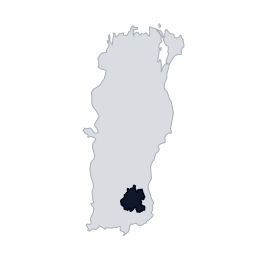 Turkey, with Erzurum highlighted, rotated 98°
{"feature_id": "TUR-2299", "entity_name": "Erzurum", "entity_type": "Province", "adm_level": 1, "iso_a3": "TUR", "parent_name": "Turkey", "parent_adm1": "", "projection": "natural_earth1", "projection_center": [41.622, 40.047], "detail": "fine", "context": "in_parent", "style": "filled", "palette": "ink", "viewbox_px": 256, "rotation_deg": 98, "n_neighbors": 0, "source": "natural_earth", "source_scale": "10m", "svg_char_len": 5326}
<svg xmlns="http://www.w3.org/2000/svg" viewBox="0 0 256 256"><g transform="rotate(98 128 128)"><path d="M198.3,92.0L201.8,93.2L202.9,92.3L206.1,92.4L208.9,93.1L210.5,91.1L212.5,91.3L212.9,92.3L213.8,92.7L216.8,95.2L216.5,95.5L217.2,96.4L219.8,97.0L220.0,98.3L222.0,100.2L223.0,103.2L222.4,105.2L221.3,106.5L222.9,110.9L222.5,111.5L225.6,113.0L229.5,112.7L230.7,113.3L234.5,116.8L235.5,118.2L232.8,116.5L231.4,118.0L230.7,121.4L226.6,122.0L227.2,124.3L228.3,125.3L228.0,127.4L228.3,128.3L229.4,129.7L229.3,131.6L229.8,133.6L229.8,136.0L231.5,136.7L230.7,137.9L228.9,142.8L229.0,143.2L230.3,143.3L233.2,145.6L232.7,146.3L233.0,149.4L235.5,151.5L235.2,152.5L235.2,153.6L233.4,153.1L229.8,155.9L229.4,155.8L228.8,154.9L228.7,152.1L227.8,151.3L226.7,151.2L224.7,152.4L222.8,152.4L221.0,152.1L216.2,150.4L214.4,151.0L212.6,150.3L209.0,153.8L207.9,154.1L207.4,152.3L206.1,151.4L204.5,152.7L198.3,154.3L195.5,154.6L192.0,154.0L189.1,154.2L181.2,158.0L173.7,160.1L167.0,159.9L163.4,157.5L160.5,157.0L151.8,160.6L147.6,160.5L146.2,159.0L143.0,158.4L142.3,159.8L141.6,163.3L142.6,166.4L140.8,166.6L139.7,167.3L139.3,169.7L137.6,170.6L137.0,172.1L136.7,172.1L134.1,170.9L134.8,169.8L133.2,165.3L134.1,164.0L137.6,160.4L137.6,158.3L136.1,156.8L131.7,159.5L131.2,160.5L130.2,161.3L128.6,161.6L120.8,158.2L116.1,161.2L112.1,165.5L109.1,167.1L100.3,168.4L98.7,169.2L95.8,168.3L94.0,167.1L90.1,162.2L82.6,158.4L74.6,157.5L73.9,158.5L73.5,162.3L72.1,165.9L71.4,166.3L69.6,165.4L63.4,167.5L58.1,165.1L57.3,164.1L56.2,159.9L55.5,159.6L54.6,160.2L53.7,160.2L50.0,158.4L47.9,158.2L46.6,160.0L44.6,160.8L44.6,160.2L45.4,159.1L42.2,159.3L40.5,160.2L38.2,159.7L38.4,159.2L40.3,158.6L44.6,158.0L47.4,155.2L37.2,155.3L36.2,155.9L36.1,154.5L36.7,153.8L39.4,153.3L39.3,152.1L37.7,150.8L36.0,150.1L35.3,147.1L34.4,146.3L34.6,145.9L36.3,145.3L36.7,143.1L36.5,141.8L33.3,140.6L32.6,140.7L31.8,139.5L30.4,138.7L29.3,139.4L26.1,137.6L26.7,136.2L27.5,136.3L27.7,135.2L27.2,133.5L27.3,132.7L28.0,132.4L28.8,132.6L29.6,133.6L29.6,135.6L30.4,136.7L31.1,135.6L32.6,136.2L35.3,135.6L35.8,135.1L33.9,135.1L33.2,134.7L31.7,131.5L33.4,130.5L34.7,129.0L32.5,127.9L33.0,125.7L31.2,123.2L33.9,120.1L33.8,119.6L33.0,119.4L24.9,120.8L24.9,119.3L25.5,118.1L25.6,115.1L26.1,113.4L27.6,112.9L29.5,110.5L32.6,107.7L35.7,107.7L37.0,106.9L38.8,106.9L39.3,108.0L40.9,108.8L43.7,108.7L45.1,107.9L43.8,106.5L45.5,106.1L46.7,106.4L46.0,107.9L46.4,108.1L50.0,107.6L53.8,108.0L58.1,107.8L58.6,107.3L55.7,105.8L57.7,104.4L58.8,104.2L67.7,102.9L67.7,102.6L62.3,101.9L59.6,100.1L58.9,99.1L59.6,96.7L60.2,96.1L62.1,96.0L68.8,97.1L73.5,96.5L78.7,98.0L83.7,97.7L84.7,97.0L86.0,94.7L93.2,91.0L95.7,89.0L106.7,85.1L123.0,85.8L125.9,84.3L127.5,84.8L127.1,85.8L127.1,86.7L129.0,89.0L131.9,90.3L136.0,89.2L137.4,89.6L138.8,93.2L141.3,95.4L142.4,95.5L144.0,94.3L145.4,94.1L147.8,95.4L148.6,96.6L156.4,98.1L158.0,99.2L163.3,100.3L175.0,97.7L179.2,99.5L182.8,100.0L184.3,99.8L189.1,97.7L190.5,96.6L193.5,95.6L197.2,93.3L198.3,92.0ZM48.0,85.6L47.7,87.2L48.3,89.0L49.8,91.4L51.4,92.7L59.2,96.0L57.9,99.1L55.9,99.6L49.2,98.1L46.4,99.4L44.4,99.0L41.6,99.6L40.7,101.5L38.7,103.6L33.1,106.3L27.9,111.5L26.4,112.2L27.1,110.4L27.2,108.9L29.4,107.0L32.6,105.6L33.4,104.5L25.7,104.7L25.1,103.1L25.9,102.7L28.5,99.9L28.8,98.7L28.7,95.9L31.8,94.3L32.1,93.6L31.8,90.8L29.0,89.2L29.1,88.4L31.2,87.6L32.5,85.7L35.5,85.3L37.0,84.4L39.6,83.9L42.7,86.3L46.6,85.4L48.0,85.6ZM23.8,111.4L21.2,111.8L20.5,111.4L21.3,110.5L23.3,109.9L23.9,110.8L23.8,111.4Z" fill="#d9dde1" stroke="#a8b0b8" stroke-width="1"/><path d="M208.6,120.4L208.4,120.5L208.0,120.6L207.5,120.6L206.0,121.4L205.8,122.0L205.8,122.6L205.5,123.1L204.7,123.6L204.5,123.9L204.2,124.2L202.8,124.4L202.3,124.7L201.9,125.0L200.9,124.9L200.0,124.6L199.7,124.3L199.1,123.4L197.9,122.4L197.5,122.1L196.6,121.9L194.8,122.2L194.3,121.4L193.8,120.8L193.2,120.8L192.3,120.4L191.2,119.4L190.9,119.2L190.6,119.3L190.2,119.6L189.2,120.0L188.2,119.9L188.3,119.0L188.7,118.3L188.9,117.7L188.6,117.3L188.1,117.1L187.7,116.8L187.5,116.5L187.3,116.2L187.3,115.8L187.3,115.5L186.5,114.5L184.6,114.5L184.0,114.2L184.1,113.4L184.5,112.6L186.3,112.8L186.7,112.8L187.2,112.4L187.7,112.0L188.3,111.7L189.7,111.2L190.0,110.8L190.3,110.3L190.3,110.0L189.5,109.9L189.2,109.8L188.5,109.7L187.8,109.3L187.5,108.4L187.2,106.5L186.8,105.7L188.6,104.8L189.1,104.7L189.5,104.6L190.2,104.4L190.6,103.6L191.0,103.5L191.4,103.5L191.9,103.3L193.1,102.3L194.0,101.9L194.9,102.3L196.2,102.5L196.6,102.7L196.7,103.1L196.4,103.6L196.3,104.8L197.0,105.5L198.1,105.1L199.0,104.5L199.9,104.3L200.8,104.5L201.7,105.0L202.3,104.3L202.3,103.7L202.5,103.1L202.9,102.7L203.2,102.1L203.1,101.5L203.3,100.9L203.6,100.7L204.0,100.5L204.8,100.4L205.5,100.5L206.2,100.3L206.9,100.3L207.1,101.4L207.7,102.2L208.1,102.5L208.4,102.8L208.6,103.4L209.0,103.9L209.4,104.3L209.8,104.9L209.7,105.3L209.5,105.8L209.8,107.2L209.3,107.5L208.9,107.7L208.5,107.9L208.1,108.2L207.4,108.6L205.8,109.1L205.4,109.9L205.8,110.3L206.1,110.7L206.3,111.0L207.3,111.2L207.7,111.3L208.0,111.5L208.2,111.8L208.3,112.1L208.5,112.2L208.8,112.3L209.2,112.5L209.5,112.9L209.8,113.4L210.1,114.0L209.8,114.3L209.4,114.5L209.1,114.5L208.7,114.6L208.5,115.0L208.1,115.1L207.2,115.0L206.8,115.1L207.7,116.2L209.3,116.8L209.2,116.9L209.1,117.3L209.1,119.2L209.0,119.9L208.6,120.4Z" fill="#0f172a" stroke="#020617" stroke-width="1.5"/></g></svg>